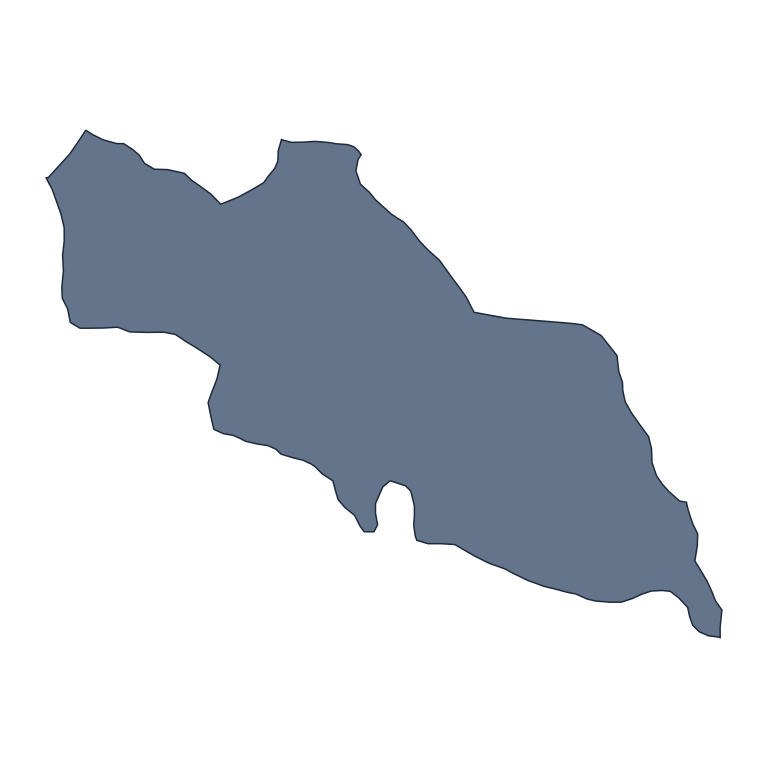 Hajigabul District, Hajigabul, Azerbaijan
{"feature_id": "54616110B48173541517146", "entity_name": "Hajigabul District", "entity_type": "district", "adm_level": 2, "iso_a3": "AZE", "parent_name": "Azerbaijan", "parent_adm1": "Hajigabul", "projection": "equal_earth", "projection_center": [48.908, 40.107], "detail": "fine", "context": "isolated", "style": "filled", "palette": "slate", "viewbox_px": 768, "rotation_deg": 0, "n_neighbors": 0, "source": "geoboundaries", "source_scale": "gbopen_adm2", "svg_char_len": 2391}
<svg xmlns="http://www.w3.org/2000/svg" viewBox="0 0 768 768"><path d="M361.2,154.7L358.7,151.2L353.9,146.8L347.6,144.6L336.6,143.8L328.7,142.5L316.9,141.5L312.2,141.5L304.9,142.1L291.8,142.4L282.2,139.9L281.5,139.5L278.1,151.4L278.1,156.0L277.9,161.1L274.7,168.5L268.2,176.3L263.6,182.8L257.0,186.7L247.4,192.2L238.2,197.1L232.7,199.4L220.7,204.2L210.9,194.1L200.6,186.5L191.9,180.5L184.3,173.3L167.6,169.6L154.3,169.2L144.5,163.4L139.2,155.1L132.8,149.6L123.6,143.6L116.8,143.6L102.8,139.7L92.3,134.4L86.1,130.4L85.5,130.6L76.6,144.1L69.5,154.3L48.5,177.3L46.1,177.9L52.3,189.6L61.1,214.5L64.2,227.9L64.2,241.0L62.6,255.4L63.4,270.9L61.8,287.7L62.3,298.3L67.7,309.0L70.3,322.4L74.8,325.1L80.0,328.2L87.8,328.2L88.8,328.2L104.3,328.0L117.6,327.2L129.8,331.9L146.3,332.4L164.0,332.2L175.5,334.5L186.5,341.9L197.9,348.8L210.2,356.9L220.1,365.1L217.0,378.8L211.5,393.0L208.1,402.7L211.2,418.0L213.9,429.4L223.5,433.7L233.0,435.3L240.3,438.5L245.5,441.3L257.4,444.0L267.9,445.6L275.8,449.1L281.1,454.2L294.2,458.1L302.7,460.1L311.1,464.0L314.9,466.5L322.1,473.8L332.9,480.8L335.5,490.8L338.1,499.6L344.9,507.5L354.6,515.4L360.1,526.2L364.2,531.8L373.3,531.8L373.9,531.8L377.6,524.9L375.5,513.3L375.5,503.5L382.8,486.9L390.1,480.8L405.5,485.8L410.8,491.1L414.4,505.9L414.4,515.7L413.7,525.2L414.2,528.7L415.2,535.8L416.7,540.0L416.8,540.3L428.0,543.7L440.6,543.7L454.7,544.5L463.3,549.5L474.3,555.9L489.2,563.3L504.6,568.8L514.1,573.8L527.9,580.5L543.9,586.3L553.8,588.7L567.7,592.4L575.8,594.0L587.6,599.2L596.2,601.1L610.6,602.2L621.0,602.2L632.5,598.5L641.7,594.2L651.4,591.0L662.3,590.5L670.2,591.3L678.8,597.9L687.7,607.5L689.6,616.5L692.7,625.2L699.3,631.8L708.5,635.8L717.4,636.9L720.2,637.6L720.1,627.7L721.9,609.9L715.4,600.8L712.1,592.1L707.0,581.1L701.8,572.2L694.9,561.0L697.3,545.6L697.5,539.3L697.7,534.0L692.9,524.1L690.0,515.8L687.9,508.9L686.4,502.2L686.2,502.3L679.6,501.0L668.4,491.0L662.7,484.6L656.6,476.0L652.0,462.5L651.5,448.6L648.6,436.7L637.9,422.1L631.3,412.6L625.2,401.8L622.8,390.7L622.5,382.4L618.8,371.6L617.0,355.7L612.4,349.7L601.0,335.4L582.4,324.8L570.6,323.3L506.3,318.2L484.3,314.2L474.0,312.3L466.3,297.3L459.3,287.4L452.3,278.1L445.4,268.5L439.4,260.2L427.5,249.5L419.2,240.7L411.0,229.8L403.4,221.8L397.7,218.4L390.7,213.6L375.6,199.9L369.3,192.2L360.5,184.3L355.9,170.9L358.1,159.3L361.2,154.7Z" fill="#64748b" stroke="#1e293b" stroke-width="1.5"/></svg>